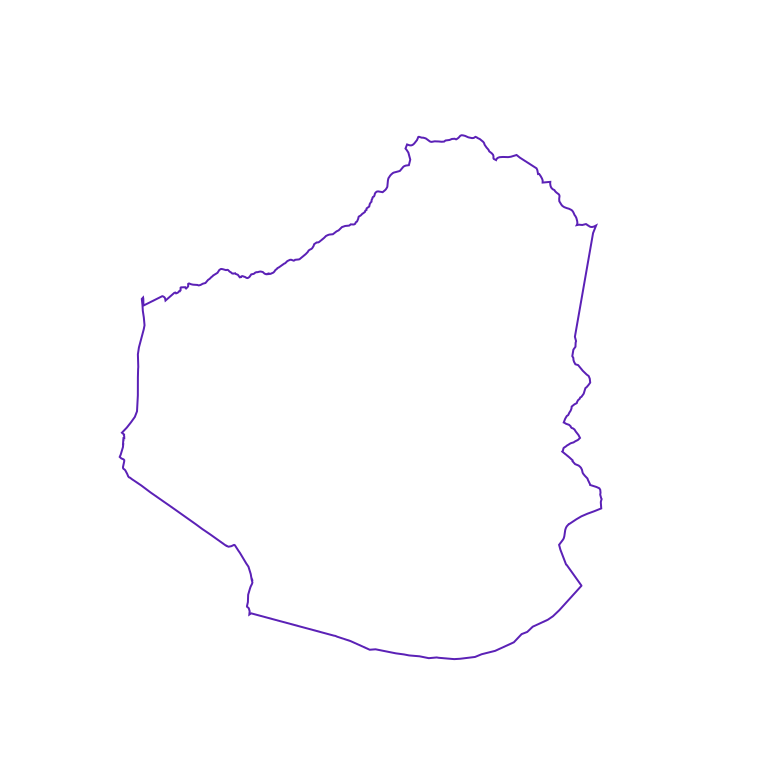 outline of Repelón, Atlántico, Colombia, rotated 111°
{"feature_id": "7082276B99103444770776", "entity_name": "Repelón", "entity_type": "district", "adm_level": 2, "iso_a3": "COL", "parent_name": "Colombia", "parent_adm1": "Atlántico", "projection": "mercator", "projection_center": [-75.149, 10.502], "detail": "fine", "context": "isolated", "style": "outline", "palette": "violet", "viewbox_px": 768, "rotation_deg": 111, "n_neighbors": 0, "source": "geoboundaries", "source_scale": "gbopen_adm2", "svg_char_len": 6166}
<svg xmlns="http://www.w3.org/2000/svg" viewBox="0 0 768 768"><g transform="rotate(111 384 384)"><path d="M160.0,242.8L161.7,244.3L162.8,245.9L163.2,247.0L163.3,248.0L163.2,248.9L162.8,250.0L162.9,250.6L162.3,252.3L162.4,252.9L164.5,255.9L165.4,259.1L166.6,261.0L165.6,260.9L164.3,261.2L162.9,261.9L161.2,263.1L160.1,263.9L158.8,265.3L158.0,266.6L155.8,268.8L154.9,270.1L154.4,271.2L154.1,274.0L154.3,276.5L154.3,279.1L153.8,281.3L153.0,282.7L150.6,285.8L148.4,286.8L145.6,287.5L144.7,288.2L144.3,288.7L143.5,291.5L142.8,293.2L141.9,294.4L141.7,296.3L140.9,298.0L140.1,298.9L139.1,299.7L137.3,300.7L135.7,301.2L139.1,308.1L137.0,308.9L135.6,310.1L133.9,312.1L132.3,314.4L132.8,315.4L129.4,317.5L128.0,318.9L124.0,338.2L122.7,342.3L126.3,346.9L127.7,349.4L129.4,354.3L130.9,357.5L132.3,359.0L133.9,359.6L134.8,359.6L134.5,362.2L133.9,362.8L132.4,363.3L131.2,364.1L130.9,364.4L130.0,366.1L129.1,369.1L127.8,370.5L126.5,373.0L124.8,375.5L124.4,376.0L123.3,376.8L122.4,378.1L121.0,382.3L120.8,385.0L120.5,385.8L120.5,387.2L122.1,388.4L122.9,389.9L123.5,393.7L123.3,397.2L123.6,399.5L124.0,400.8L124.9,401.7L127.5,402.7L129.6,404.1L129.8,404.7L129.7,405.9L130.9,408.4L132.7,410.3L134.6,413.8L135.0,414.1L136.1,414.7L137.2,417.0L137.9,419.6L139.3,423.7L140.9,426.3L141.1,427.2L141.1,428.1L139.8,432.8L139.8,433.7L140.0,435.8L140.5,437.1L140.7,440.0L141.1,440.5L144.4,440.6L148.8,442.0L150.6,443.0L151.6,444.3L152.0,445.8L152.1,448.3L156.5,448.3L157.4,446.7L159.2,444.2L165.1,439.9L170.8,439.2L172.2,441.8L173.3,443.1L174.3,443.8L179.3,445.5L180.0,446.3L183.1,450.6L184.0,451.4L185.9,452.4L187.2,452.9L190.4,453.6L192.5,453.3L198.6,451.6L199.3,451.6L201.5,452.0L202.7,452.5L205.4,454.0L206.3,458.6L207.1,459.8L208.4,460.5L209.7,460.7L211.1,460.5L212.0,460.5L212.5,460.6L213.3,461.3L214.0,461.5L215.0,461.3L216.6,461.5L218.3,461.0L219.3,461.5L221.2,461.8L223.6,461.4L226.2,463.1L226.9,463.1L227.7,462.7L228.9,463.6L230.0,463.4L232.1,464.6L232.6,465.1L235.1,466.2L236.7,467.5L237.2,467.6L239.0,467.3L241.6,467.4L242.1,467.5L243.2,468.3L244.7,468.3L245.9,469.3L246.9,472.3L248.4,473.1L248.7,473.5L250.4,476.9L252.6,479.5L256.8,481.4L258.5,483.0L262.5,485.4L264.1,488.6L265.2,489.9L266.6,491.2L269.1,492.3L274.7,495.5L275.4,496.2L276.0,497.6L278.5,499.3L280.3,499.2L283.0,499.7L283.9,500.2L285.2,501.4L286.4,502.2L288.1,502.5L290.7,503.6L297.8,507.6L298.3,508.3L299.9,511.5L300.7,511.9L301.2,512.5L301.3,515.3L301.8,516.3L303.9,518.3L306.6,519.5L307.5,520.4L312.9,524.0L314.0,525.0L314.8,525.2L316.7,526.3L318.2,526.6L319.4,527.1L320.3,527.8L321.1,528.8L321.7,529.2L323.1,531.9L322.6,531.9L323.6,533.2L323.8,533.8L323.7,534.2L323.8,535.0L322.9,537.3L323.2,539.5L323.8,540.6L324.9,542.1L325.4,543.3L326.4,544.3L327.2,544.6L328.0,545.3L329.2,547.2L332.3,548.0L333.5,548.8L334.1,549.6L334.2,550.6L333.9,551.9L334.0,554.7L334.2,555.2L334.9,555.9L335.2,556.1L335.5,555.9L336.1,556.9L334.4,559.6L334.4,562.0L334.0,562.6L334.3,562.9L334.6,563.8L334.9,564.1L335.2,565.3L334.6,567.0L334.4,568.4L333.5,570.4L333.6,571.3L334.3,572.3L334.6,575.7L334.9,577.1L335.2,577.6L336.6,578.6L339.9,579.3L344.1,582.5L344.9,582.7L345.9,583.4L348.6,584.6L349.3,585.2L350.0,585.6L353.7,586.9L355.4,589.2L357.2,590.7L358.1,591.9L358.4,592.5L358.4,593.7L359.7,597.9L360.0,599.8L360.0,601.9L360.2,602.3L360.8,602.7L362.7,601.9L363.0,601.9L363.9,602.1L365.8,603.0L365.7,603.4L364.9,604.3L366.5,608.1L367.0,608.4L369.4,607.5L370.4,607.8L370.3,608.2L371.0,608.6L372.1,608.9L372.9,609.5L373.9,610.6L373.4,611.5L374.0,612.4L384.4,617.9L382.6,619.0L382.1,619.5L381.7,620.2L381.4,621.7L381.5,622.5L397.0,636.7L390.8,639.2L389.6,639.9L391.4,640.6L397.0,637.7L402.1,635.4L407.9,632.1L415.0,628.6L419.0,627.9L437.7,625.9L444.5,624.4L456.2,619.5L458.2,618.9L466.1,616.1L482.9,609.7L498.0,604.8L504.0,604.8L510.5,606.5L516.9,608.5L523.4,611.2L524.3,608.6L524.9,608.6L525.7,607.9L527.6,607.1L527.8,607.8L529.5,607.2L529.5,607.4L533.7,606.1L533.6,605.9L533.9,605.8L536.5,605.1L544.3,604.5L546.8,604.6L547.6,602.6L547.7,600.1L548.2,599.2L549.4,598.8L555.2,597.9L556.2,597.3L556.6,596.7L556.8,595.6L557.3,594.6L559.9,591.6L561.9,589.7L562.5,588.6L562.5,587.5L563.2,585.2L565.7,574.3L568.9,563.1L575.8,535.2L582.4,509.3L584.5,501.7L586.8,491.9L591.3,474.5L591.6,473.1L591.4,473.0L591.6,471.9L591.6,470.8L590.1,468.4L588.0,466.4L587.9,466.0L588.0,465.4L591.8,460.2L593.2,458.1L600.9,448.3L603.1,445.1L609.2,440.3L612.1,438.6L613.8,437.1L613.9,437.5L616.5,435.7L617.9,435.6L621.0,435.9L623.3,435.8L629.4,435.3L636.4,432.9L640.6,432.3L641.1,431.9L641.5,430.5L641.9,429.8L644.3,428.0L647.5,427.1L645.7,425.8L636.9,340.8L636.6,339.1L636.7,337.2L636.0,323.1L637.2,302.1L634.7,296.8L631.2,276.4L629.3,268.4L628.4,263.3L625.5,253.3L623.9,243.9L620.4,236.8L620.0,234.8L615.7,219.9L613.2,214.4L606.2,201.2L601.3,196.0L593.3,184.6L578.6,170.2L568.2,165.9L564.1,161.4L557.3,158.2L545.4,146.6L540.2,143.0L532.4,139.3L501.7,127.4L501.4,127.5L487.5,148.5L487.3,149.3L475.4,160.0L471.4,162.9L465.1,161.1L463.8,160.9L461.5,161.1L455.3,162.5L453.4,162.6L451.5,162.4L448.6,161.3L448.6,161.1L441.3,155.9L436.8,152.3L432.2,147.6L427.5,142.2L422.3,136.6L417.0,139.1L416.0,139.4L413.4,139.6L412.8,140.3L409.8,142.5L407.9,142.9L405.3,144.2L404.2,145.6L404.0,148.8L404.4,155.4L403.7,155.8L400.4,159.3L399.3,160.2L397.6,163.8L396.3,166.0L395.6,166.8L393.2,168.4L391.7,170.0L391.1,171.1L390.4,173.0L390.3,176.9L388.5,180.4L387.7,180.5L386.0,184.9L383.2,193.4L382.2,193.1L379.6,193.4L378.7,193.0L377.4,192.0L375.5,190.9L374.4,189.9L373.4,189.3L372.0,188.0L370.6,186.1L368.9,184.9L367.2,183.3L366.4,182.7L364.1,181.7L361.9,184.2L359.7,187.9L358.2,189.9L357.7,191.8L357.8,192.9L357.6,193.5L357.2,194.1L356.6,194.6L355.8,196.6L355.9,199.8L355.5,201.9L355.5,202.4L351.5,202.4L348.4,201.9L347.0,200.9L344.3,200.7L342.0,200.2L339.7,200.2L337.8,200.7L334.7,198.9L332.8,197.2L331.3,197.3L329.5,197.0L327.6,196.0L326.3,196.0L325.3,195.1L321.5,194.1L315.7,194.5L314.1,193.6L311.5,192.7L308.8,192.0L305.3,193.8L303.2,195.8L302.5,198.3L300.4,203.2L296.8,209.5L297.0,212.4L295.1,214.6L293.7,215.7L291.8,216.6L290.5,218.2L284.0,219.5L280.6,218.6L276.8,219.9L275.1,220.1L271.5,222.7L168.2,242.9L160.0,242.8Z" fill="none" stroke="#5b21b6" stroke-width="2"/></g></svg>